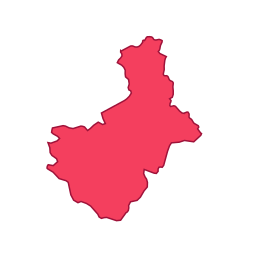 an SVG outline of Silesian, rotated 200°
{"feature_id": "POL-3146", "entity_name": "Silesian", "entity_type": "Voivodeship", "adm_level": 1, "iso_a3": "POL", "parent_name": "Poland", "parent_adm1": "", "projection": "mercator", "projection_center": [18.978, 50.212], "detail": "fine", "context": "isolated", "style": "filled", "palette": "rose", "viewbox_px": 256, "rotation_deg": 200, "n_neighbors": 0, "source": "natural_earth", "source_scale": "10m", "svg_char_len": 2421}
<svg xmlns="http://www.w3.org/2000/svg" viewBox="0 0 256 256"><g transform="rotate(200 128 128)"><path d="M161.3,198.1L160.9,197.9L160.5,198.1L160.2,198.6L153.9,205.6L153.3,206.1L152.3,206.5L151.5,206.7L149.3,206.6L147.9,206.9L146.7,207.5L145.6,208.5L144.6,210.1L143.5,213.8L143.8,214.2L144.0,214.8L143.8,215.5L143.5,215.8L142.6,215.8L142.4,215.8L141.9,218.0L141.7,219.4L141.1,220.3L138.9,221.2L137.1,221.6L136.3,221.5L135.6,221.2L134.2,220.1L133.5,219.9L131.9,220.2L129.1,221.9L127.2,222.0L125.8,221.8L125.4,220.5L125.7,216.8L125.5,215.2L125.2,213.6L125.1,212.0L125.7,210.2L123.6,208.9L116.4,208.2L116.7,206.3L116.5,204.0L115.4,199.2L115.1,198.2L114.3,196.2L113.9,195.1L113.4,191.3L113.1,190.4L112.0,189.6L110.9,189.8L109.8,190.3L108.7,190.3L107.8,189.8L106.3,188.1L105.4,187.3L104.4,187.0L102.1,186.8L101.1,186.1L100.7,185.3L99.9,182.0L98.2,178.4L97.0,175.0L96.9,172.0L98.9,169.7L97.0,168.6L96.7,167.2L96.9,165.5L96.4,163.4L95.3,162.8L92.5,164.6L90.8,164.6L85.4,161.6L82.5,160.6L79.6,161.0L79.8,161.0L80.0,161.2L80.1,161.4L78.0,163.2L77.0,163.4L75.5,162.2L75.1,161.4L74.6,159.7L74.3,159.0L73.4,158.4L71.7,158.0L70.9,157.6L68.6,155.7L67.5,155.0L62.8,154.2L61.8,153.1L62.3,151.0L58.1,148.2L57.0,147.9L57.1,146.0L61.5,137.5L70.7,135.6L75.0,132.2L82.1,128.9L82.9,125.6L82.9,119.8L81.7,105.1L82.4,102.8L83.9,102.5L85.5,101.7L85.7,99.7L84.9,97.6L85.8,95.0L88.0,94.5L98.6,94.6L97.7,90.5L95.4,88.0L93.0,86.2L91.1,83.5L89.7,79.2L91.4,74.5L92.7,67.3L94.7,63.1L100.4,59.5L100.9,55.4L99.9,53.2L99.5,50.6L100.0,48.8L100.9,47.7L103.4,38.8L107.1,37.0L117.4,36.7L119.8,35.6L122.1,34.0L124.7,34.5L126.9,36.7L136.4,41.9L141.2,42.9L147.0,42.9L149.5,40.7L154.4,41.6L158.8,45.6L165.6,56.5L168.1,57.3L175.4,56.9L183.3,60.9L189.5,62.1L190.4,62.6L190.7,63.9L190.7,65.3L190.4,66.2L185.4,67.1L182.6,72.3L184.6,74.7L190.1,76.2L192.7,78.2L194.7,82.7L198.2,86.9L195.2,87.4L190.2,91.6L188.7,94.8L191.3,96.1L196.3,96.9L198.3,97.7L198.8,100.2L199.0,102.2L189.8,108.0L187.4,108.4L183.4,108.0L179.4,108.7L172.9,113.7L171.0,114.1L169.2,114.1L165.1,111.8L163.2,114.7L161.2,118.8L158.0,123.3L153.1,122.6L150.8,124.4L154.7,128.3L158.1,133.0L140.8,152.5L139.2,154.8L137.6,158.2L136.8,162.0L138.2,163.9L140.2,164.1L141.7,166.1L141.9,169.8L144.1,173.8L147.8,175.2L149.2,177.9L150.4,181.4L152.7,183.6L155.4,184.9L160.4,185.7L160.1,188.7L158.9,191.2L158.3,193.6L159.2,195.6L160.9,196.8L161.3,198.1Z" fill="#f43f5e" stroke="#9f1239" stroke-width="1.5"/></g></svg>